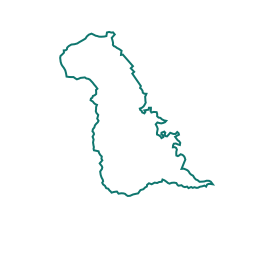 outline of Tangará, Santa Catarina, Brazil, rotated 44°
{"feature_id": "56859067B14678126982522", "entity_name": "Tangará", "entity_type": "district", "adm_level": 2, "iso_a3": "BRA", "parent_name": "Brazil", "parent_adm1": "Santa Catarina", "projection": "robinson", "projection_center": [-51.129, -27.151], "detail": "fine", "context": "isolated", "style": "outline", "palette": "teal", "viewbox_px": 256, "rotation_deg": 44, "n_neighbors": 0, "source": "geoboundaries", "source_scale": "gbopen_adm2", "svg_char_len": 3640}
<svg xmlns="http://www.w3.org/2000/svg" viewBox="0 0 256 256"><g transform="rotate(44 128 128)"><path d="M176.6,175.3L177.8,172.3L179.3,170.0L180.7,168.0L180.4,166.2L180.1,164.0L181.6,161.3L181.6,158.9L182.2,157.0L181.2,155.6L181.5,153.2L184.1,152.0L185.1,148.8L187.2,147.3L187.9,145.3L189.6,143.2L188.6,141.1L190.6,140.3L193.2,139.9L194.9,139.8L196.5,139.2L197.5,137.1L199.1,135.3L201.0,134.0L202.8,134.5L204.3,134.5L205.3,133.3L206.2,132.0L208.5,131.8L210.0,131.0L211.2,129.1L213.3,129.2L214.4,126.6L216.1,126.1L217.0,124.4L218.8,123.5L219.8,122.4L220.6,120.2L221.9,118.4L223.0,116.3L224.9,115.9L224.2,113.8L224.8,112.2L226.1,111.0L228.1,109.6L224.8,109.1L223.0,109.7L221.2,111.3L220.0,113.5L218.4,115.3L216.8,117.0L214.3,117.2L212.6,117.9L210.5,117.8L207.9,117.1L205.8,117.7L203.9,117.7L201.9,117.1L200.2,117.1L198.6,117.6L196.4,118.5L194.9,120.2L192.4,114.0L191.2,110.9L189.0,109.7L187.5,109.4L185.9,109.5L184.1,110.3L183.9,111.9L183.4,113.6L181.9,114.2L180.7,113.1L179.2,111.5L178.2,109.6L176.5,108.9L174.9,109.3L173.7,110.7L172.5,109.2L171.9,107.5L173.2,105.9L175.2,105.2L177.1,104.2L175.9,102.4L174.1,102.0L172.3,102.3L170.2,102.0L168.0,101.6L168.7,99.1L169.3,97.4L168.0,96.6L166.2,96.7L166.3,99.3L164.7,100.8L161.7,102.1L161.8,104.0L161.9,106.9L160.4,107.9L158.8,107.0L158.1,105.5L156.6,105.4L155.4,108.1L156.4,109.4L158.2,108.9L159.7,110.1L159.1,112.0L157.4,111.5L155.2,111.8L153.4,112.5L152.2,111.4L151.1,109.7L150.0,108.0L148.1,107.0L145.4,106.1L145.3,103.6L147.2,102.6L148.7,101.6L149.7,100.1L150.6,98.1L150.5,96.3L148.6,97.5L146.3,98.2L144.3,98.2L142.7,99.3L140.8,99.3L139.2,97.6L137.6,96.7L135.3,98.6L134.1,100.6L132.6,100.2L131.7,98.9L130.4,97.5L129.0,98.9L130.1,100.5L128.8,102.2L127.6,103.9L129.3,104.3L129.6,106.1L127.4,106.9L125.8,106.2L124.3,106.5L123.0,105.8L123.9,104.0L124.2,101.6L123.7,99.3L123.1,97.4L121.7,96.4L120.0,94.8L118.6,93.6L118.1,92.0L117.5,90.6L115.9,92.0L114.1,92.3L112.5,91.1L110.6,90.7L108.9,90.8L108.1,88.9L93.3,85.9L93.4,83.3L88.5,83.1L88.6,80.1L73.3,78.8L72.2,80.3L71.0,78.8L69.7,76.9L67.8,77.2L66.3,77.5L64.4,78.1L62.4,78.3L61.0,78.9L59.4,78.7L58.3,77.3L57.0,76.4L55.4,75.4L53.7,74.5L53.5,69.9L50.8,69.6L49.8,70.9L47.7,72.0L46.5,73.9L48.6,76.9L47.4,78.7L45.3,81.0L43.7,82.4L42.0,83.2L40.6,84.1L38.2,84.8L36.2,85.5L35.0,88.1L34.8,90.8L35.3,93.2L34.7,95.5L33.9,98.2L33.3,100.2L32.8,102.4L31.3,104.9L29.3,107.3L28.5,110.2L28.4,112.4L29.4,113.9L29.1,115.5L27.9,116.8L29.6,118.3L29.6,120.6L29.4,123.0L30.5,124.7L31.9,125.8L33.6,127.2L36.0,128.5L38.0,129.0L40.0,129.3L42.8,130.1L44.8,131.3L46.4,132.4L48.1,133.7L50.2,132.2L51.9,130.7L53.4,129.2L55.7,128.9L57.4,128.5L58.4,126.6L59.0,125.0L60.4,123.3L61.8,121.6L63.7,121.3L65.3,120.2L67.1,119.7L68.6,119.8L71.0,119.9L73.6,120.3L75.9,120.5L78.7,121.0L78.6,122.9L80.4,124.5L81.5,125.7L81.3,127.6L80.5,129.4L81.3,131.0L80.9,132.6L81.8,134.0L84.3,133.4L86.4,133.7L88.1,133.5L89.6,132.9L90.5,135.1L92.0,136.7L93.2,138.3L94.9,139.1L97.5,139.3L98.5,141.0L99.3,142.6L101.8,143.3L102.3,145.0L102.2,147.1L102.4,149.1L103.4,151.0L103.6,153.3L104.8,155.1L106.3,155.2L107.8,156.0L108.6,158.9L111.2,160.1L112.9,162.7L115.4,164.6L116.7,165.4L117.7,166.9L119.0,167.7L120.9,166.5L123.0,165.2L124.6,166.1L126.9,166.7L128.9,166.7L130.3,168.6L132.0,169.1L132.1,170.8L132.2,173.1L133.7,173.4L135.2,173.5L136.8,174.1L137.7,175.5L138.2,178.6L139.6,179.7L140.9,180.7L143.4,182.0L145.7,182.7L147.1,183.6L147.5,185.3L149.3,185.9L151.6,185.6L154.1,186.4L156.0,185.4L158.0,185.8L159.5,185.7L161.1,185.9L162.1,184.1L163.2,182.6L164.2,181.4L166.8,181.8L168.6,179.5L170.3,178.1L171.7,177.4L173.5,177.4L175.1,177.0L176.6,175.3Z" fill="none" stroke="#0f766e" stroke-width="2"/></g></svg>